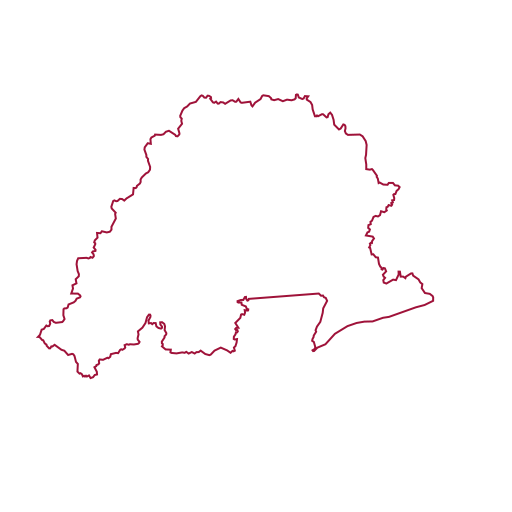 Rurópolis, Pará, Brazil (Natural Earth projection), rotated 198°
{"feature_id": "56859067B88659072528196", "entity_name": "Rurópolis", "entity_type": "district", "adm_level": 2, "iso_a3": "BRA", "parent_name": "Brazil", "parent_adm1": "Pará", "projection": "natural_earth1", "projection_center": [-55.157, -4.2], "detail": "fine", "context": "isolated", "style": "outline", "palette": "rose", "viewbox_px": 512, "rotation_deg": 198, "n_neighbors": 0, "source": "geoboundaries", "source_scale": "gbopen_adm2", "svg_char_len": 6138}
<svg xmlns="http://www.w3.org/2000/svg" viewBox="0 0 512 512"><g transform="rotate(198 256 256)"><path d="M393.8,329.8L395.4,325.0L395.0,322.7L391.5,318.2L390.9,316.4L388.6,314.9L388.2,313.2L384.2,308.0L383.5,305.3L384.4,302.3L386.2,300.5L388.9,295.4L389.4,293.1L388.6,290.8L388.8,289.1L390.9,285.9L390.8,284.5L391.4,283.4L393.4,282.9L392.0,276.6L396.9,270.8L398.4,268.0L400.9,268.8L403.1,268.3L404.7,265.5L405.9,264.9L407.9,265.1L408.8,264.1L408.8,258.1L407.9,256.6L402.8,253.8L403.0,252.5L400.9,248.3L402.5,239.1L401.6,236.4L402.5,233.9L405.2,232.3L410.2,231.9L411.0,229.6L414.3,228.8L412.4,224.5L414.1,221.1L414.1,219.0L412.8,218.4L412.5,217.5L413.0,213.9L410.5,212.3L410.3,211.2L412.6,209.9L413.0,208.7L411.0,207.4L410.2,205.9L410.5,204.8L411.0,203.8L413.1,203.9L413.4,202.8L414.6,201.9L416.6,201.9L424.4,198.9L424.7,196.0L424.1,192.7L421.0,186.6L418.8,184.0L418.3,181.9L420.3,178.2L418.3,174.5L421.5,171.4L420.0,168.5L420.1,163.2L413.8,165.2L411.1,164.2L410.4,163.4L410.6,162.3L413.4,160.0L413.8,157.6L415.0,155.6L419.3,152.0L419.2,148.8L420.1,147.7L422.1,146.9L422.6,145.9L420.9,140.1L418.6,136.9L419.3,134.4L419.9,133.3L425.7,130.6L428.0,130.8L429.9,132.1L431.7,131.2L431.9,129.9L430.8,128.1L431.1,125.5L432.5,124.8L433.9,125.1L435.3,121.0L437.1,119.7L437.1,114.3L438.3,111.7L436.9,112.1L433.4,110.0L432.3,110.1L429.9,107.6L427.9,107.0L427.4,106.0L424.2,104.2L423.2,104.6L422.7,106.8L421.7,107.0L420.1,109.3L412.1,106.7L409.0,106.7L404.1,103.8L400.7,106.1L399.4,106.1L397.7,104.8L394.5,99.7L392.1,98.3L390.1,90.9L387.5,89.6L386.7,90.3L385.1,89.8L383.4,88.0L382.5,88.9L381.4,88.5L380.7,89.6L379.6,89.1L377.9,90.8L375.6,88.8L373.5,90.4L372.6,93.0L370.6,94.2L371.6,96.7L375.3,100.3L373.9,101.9L374.0,103.0L372.4,104.3L372.0,105.5L373.1,107.8L372.7,109.3L369.4,110.0L365.9,113.3L364.7,113.2L363.5,115.1L363.7,117.8L359.2,120.6L357.1,121.0L356.2,124.7L355.4,125.6L354.1,125.5L352.4,127.5L352.1,128.6L353.4,130.6L351.6,132.2L349.5,132.3L348.7,133.1L344.8,134.1L341.1,136.0L340.4,137.1L340.2,138.3L342.6,139.9L343.2,141.2L343.5,145.1L345.0,147.8L341.9,152.7L340.4,158.1L340.7,164.1L339.7,167.2L338.6,167.5L337.9,166.7L337.6,165.4L338.3,161.3L337.1,158.8L335.1,159.8L333.6,159.1L332.7,160.6L330.7,161.2L329.0,158.3L326.5,157.4L323.9,157.6L323.2,158.7L323.6,159.8L325.8,161.3L326.6,163.3L324.9,164.0L322.3,163.1L320.8,161.0L320.0,157.3L317.4,154.9L317.2,153.6L318.2,151.4L317.8,150.2L319.1,145.5L318.5,143.9L317.5,143.5L317.1,142.2L317.5,141.0L313.1,139.2L308.1,140.6L307.6,137.9L306.4,137.7L301.5,138.8L296.4,141.5L293.9,141.9L292.7,143.3L289.9,142.4L287.4,144.8L284.2,144.3L282.9,146.2L280.8,146.9L279.4,148.9L274.0,147.1L269.7,147.3L268.6,148.2L266.2,153.2L261.2,158.0L254.3,157.3L250.3,156.1L249.0,158.5L247.9,158.4L246.9,159.4L248.7,162.1L247.7,163.9L247.7,167.6L248.4,171.1L250.4,170.0L251.5,170.2L252.1,172.5L251.3,175.1L251.5,177.2L250.5,177.4L250.0,178.6L250.8,179.8L252.2,179.4L253.2,180.1L252.6,181.5L250.6,182.3L255.0,185.9L251.8,192.3L252.1,195.7L251.3,196.4L249.0,196.5L248.9,198.7L250.0,201.0L247.6,201.3L246.7,201.8L246.9,202.9L248.4,202.9L250.1,204.9L254.5,205.2L255.5,207.3L258.2,206.3L259.2,206.4L259.6,207.4L256.8,209.5L254.5,210.3L253.9,213.5L252.9,214.0L252.1,212.2L250.4,210.9L249.6,211.5L249.6,213.0L184.7,239.7L181.8,238.3L180.1,239.1L178.6,237.8L176.7,237.7L174.5,235.3L175.9,227.0L175.0,222.5L174.5,213.2L176.2,207.7L176.4,203.8L175.4,202.6L176.5,198.2L176.2,196.7L176.6,194.5L176.4,192.7L174.4,192.1L171.4,187.6L171.4,185.8L173.1,183.8L172.3,183.2L171.4,183.6L169.3,187.8L162.7,193.5L156.9,206.4L147.3,217.6L139.6,223.4L132.6,227.1L124.9,229.8L116.1,236.5L110.7,239.2L88.1,256.6L80.5,261.5L73.7,268.1L74.7,271.4L75.7,272.5L79.0,273.7L83.9,273.0L88.5,276.6L89.1,280.7L91.6,281.6L94.2,284.0L100.5,285.9L101.9,287.8L103.1,287.4L107.1,282.6L107.1,281.1L109.7,281.9L112.0,281.1L114.3,285.6L115.6,285.2L114.6,282.6L115.4,276.3L118.3,275.9L123.5,270.1L126.3,270.2L127.5,272.4L126.5,275.1L128.3,275.9L129.5,277.4L127.5,281.6L129.6,284.1L130.9,284.0L131.6,282.1L132.5,282.2L133.0,283.7L134.5,284.3L136.6,286.5L139.5,292.2L141.7,291.8L145.0,293.9L146.5,293.2L150.0,299.0L151.0,299.1L150.6,301.8L151.5,302.9L150.8,304.1L149.8,304.2L150.2,306.1L149.2,309.1L151.0,310.5L157.8,309.5L157.3,312.9L155.9,314.1L155.9,316.5L158.0,317.4L158.6,320.1L156.7,321.7L157.7,323.9L156.6,325.4L156.3,329.5L154.6,331.1L152.2,331.3L150.7,333.2L150.9,337.2L147.5,337.3L145.7,339.7L146.6,340.7L147.0,342.7L146.0,343.4L145.6,345.4L142.8,345.6L142.4,346.9L143.7,348.1L142.4,349.2L143.7,351.0L142.0,351.9L142.4,353.8L144.3,356.6L143.8,357.6L142.6,358.0L142.4,361.4L141.1,363.5L140.7,365.9L142.6,366.8L145.7,366.1L148.3,367.8L152.3,366.5L152.9,364.4L157.0,363.3L161.1,364.1L161.9,363.3L164.1,367.3L165.7,368.6L165.8,369.7L171.4,373.9L172.6,374.5L174.4,373.3L178.0,372.7L179.4,377.1L182.3,382.9L182.6,386.2L185.1,395.8L187.2,399.2L191.6,402.8L194.8,403.6L206.0,399.6L208.4,400.3L210.1,402.3L210.3,405.0L211.1,407.1L212.3,408.1L213.6,408.1L214.9,403.3L216.2,402.0L222.2,405.1L224.3,409.5L227.3,413.7L229.7,415.3L230.9,413.2L230.8,410.2L231.7,409.6L235.9,411.5L237.0,411.3L240.2,408.1L241.4,408.5L241.8,407.5L243.1,407.1L247.4,412.9L249.3,417.0L251.8,419.3L256.0,420.4L256.5,421.4L255.7,424.0L258.9,423.2L259.4,420.5L260.5,419.6L264.3,420.0L266.1,422.4L267.1,422.3L267.8,421.6L267.0,418.2L267.8,416.8L270.3,415.1L274.8,414.3L278.3,411.5L283.4,412.1L286.9,409.8L289.8,409.7L290.5,410.8L293.2,412.0L298.7,411.1L299.6,410.1L300.2,406.6L304.2,401.6L305.6,397.2L306.9,397.9L309.1,401.0L316.8,397.3L318.1,397.3L321.3,399.9L322.4,396.7L323.5,396.2L326.4,396.9L328.2,396.1L332.4,391.2L334.6,391.9L337.3,391.4L338.5,389.4L339.5,389.1L341.7,390.5L343.1,388.8L344.4,388.8L348.1,391.4L347.5,392.3L348.1,393.3L350.2,393.8L351.6,393.5L352.4,391.1L354.1,390.7L356.1,391.9L357.4,391.9L358.3,390.8L360.8,384.0L365.9,380.6L367.7,376.9L370.0,374.4L370.9,371.6L371.4,365.9L370.8,364.6L369.1,363.7L368.8,361.4L367.2,358.9L369.4,353.0L366.7,349.0L366.5,347.9L367.6,345.6L369.2,345.3L370.3,346.3L377.5,348.2L380.1,346.3L381.6,343.2L383.8,341.8L389.5,340.3L389.5,339.1L392.1,336.4L392.5,334.5L390.7,330.2L393.8,329.8Z" fill="none" stroke="#9f1239" stroke-width="2"/></g></svg>